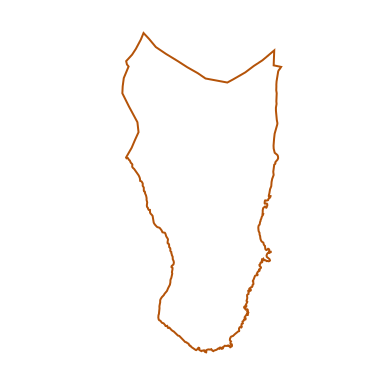 outline of Mrémani, Andjouân, Comoros, rotated 11°
{"feature_id": "10938185B83207987774368", "entity_name": "Mrémani", "entity_type": "district", "adm_level": 2, "iso_a3": "COM", "parent_name": "Comoros", "parent_adm1": "Andjouân", "projection": "equal_earth", "projection_center": [44.513, -12.33], "detail": "fine", "context": "isolated", "style": "outline", "palette": "amber", "viewbox_px": 384, "rotation_deg": 11, "n_neighbors": 0, "source": "geoboundaries", "source_scale": "gbopen_adm2", "svg_char_len": 6093}
<svg xmlns="http://www.w3.org/2000/svg" viewBox="0 0 384 384"><g transform="rotate(11 192 192)"><path d="M114.1,45.2L112.7,52.1L109.6,62.2L107.0,68.6L102.4,76.1L103.8,79.2L105.8,80.9L103.3,93.2L103.8,101.5L104.8,108.4L113.8,120.1L125.1,133.9L128.1,143.5L126.2,151.4L124.3,160.2L120.7,170.7L121.3,171.4L122.1,170.9L122.7,171.0L123.9,172.4L124.9,172.9L126.3,174.9L127.9,176.0L128.2,176.4L128.4,178.2L128.6,178.8L129.4,179.6L130.8,180.4L136.4,185.8L137.4,187.1L137.7,187.7L138.2,188.4L139.0,191.0L139.9,191.1L140.6,191.4L141.7,192.6L142.1,193.3L142.4,195.3L143.8,196.8L144.4,199.7L144.8,200.5L145.4,200.5L145.9,201.1L146.2,202.3L147.5,204.1L148.0,205.2L148.6,206.7L148.9,208.4L150.0,210.7L150.2,213.6L150.6,215.0L151.1,215.5L151.6,215.8L151.9,216.6L152.9,217.8L154.1,217.6L154.8,220.3L155.7,221.3L156.9,222.1L157.9,223.0L160.2,229.2L160.5,229.7L161.7,231.0L164.1,232.8L164.9,233.1L166.4,233.2L167.4,233.6L169.5,235.5L170.7,237.2L173.1,237.2L173.8,237.9L175.2,240.5L177.1,242.5L177.5,243.3L177.6,246.0L178.0,247.1L178.8,247.1L179.5,247.9L180.1,250.4L181.2,251.2L181.7,252.2L181.9,253.8L182.5,254.5L183.1,254.8L183.5,256.3L184.0,256.9L184.3,257.9L185.3,259.1L186.0,261.8L186.9,262.9L187.6,264.4L187.7,265.9L187.6,266.7L186.2,268.5L186.1,269.1L186.3,269.8L186.8,270.0L187.2,270.0L187.4,270.3L187.6,271.6L187.6,274.5L188.2,275.9L188.1,279.5L188.0,280.8L187.7,281.7L187.7,283.1L188.0,284.7L188.0,287.2L186.9,291.0L186.3,293.9L184.5,297.1L184.0,298.6L182.4,301.1L181.5,303.5L181.5,305.1L181.8,306.0L181.8,310.3L182.3,312.5L182.8,318.1L182.6,319.3L182.9,321.7L183.6,323.4L183.9,323.8L184.5,324.2L185.5,324.4L187.3,326.0L187.9,326.2L189.1,326.3L190.9,327.7L191.6,328.6L192.4,328.5L193.1,328.1L193.8,328.9L194.2,329.9L194.8,330.0L195.7,329.5L198.1,331.3L199.4,332.0L200.7,332.4L205.6,335.6L207.0,335.7L214.0,340.6L215.3,340.6L216.3,341.3L217.5,341.5L218.5,342.9L218.8,343.1L219.3,343.1L219.4,343.4L220.0,343.4L221.0,344.3L225.9,346.4L226.3,346.4L227.1,345.5L227.7,344.2L228.2,343.6L228.8,343.7L229.1,344.1L229.1,345.4L229.4,345.7L231.6,346.4L232.2,345.7L233.2,345.7L233.7,345.4L233.9,345.1L234.1,345.1L234.5,345.1L234.9,345.6L235.0,346.2L235.5,346.6L236.5,346.7L236.6,346.2L235.8,345.2L236.7,344.2L237.2,343.8L238.5,343.3L239.9,343.3L240.9,342.6L242.4,343.9L243.4,344.1L243.8,343.5L246.2,342.2L247.6,340.6L248.4,340.1L248.5,340.7L248.8,340.7L249.3,339.3L250.5,339.4L250.7,340.2L250.9,340.3L251.9,339.9L252.2,339.5L252.2,339.3L251.6,339.1L251.5,338.9L252.7,337.6L253.3,337.2L253.5,336.7L255.4,336.5L256.6,335.8L256.9,336.3L257.4,336.3L258.5,335.8L259.1,337.1L259.3,337.1L259.9,336.3L260.4,336.0L260.6,335.6L260.5,334.7L260.1,333.9L259.5,333.8L259.1,334.0L258.7,333.7L258.5,332.1L258.8,331.2L257.8,330.6L257.4,330.1L257.3,328.8L257.6,327.3L258.0,326.5L259.8,325.4L261.1,323.5L264.0,320.0L264.8,319.6L264.8,319.0L264.5,318.3L264.2,317.1L264.6,315.7L265.4,315.4L265.7,315.5L266.2,315.0L266.4,315.2L266.6,314.8L266.5,314.6L266.0,314.4L265.9,314.2L266.0,313.9L265.9,312.1L266.3,311.7L266.7,311.6L267.0,311.2L266.4,310.1L266.3,309.5L267.2,308.6L267.3,308.2L267.3,307.7L268.1,307.4L268.3,306.9L268.8,306.8L268.9,306.3L268.7,305.7L267.7,305.7L267.6,304.8L268.9,302.0L269.2,301.9L269.8,302.2L270.2,302.1L270.2,301.4L269.2,300.9L269.1,300.6L269.4,300.4L270.2,300.3L270.3,299.6L269.8,299.3L269.7,298.4L269.0,298.4L269.1,296.9L268.7,296.6L268.3,296.7L267.2,297.2L266.9,297.0L266.6,296.3L266.0,296.2L265.3,295.6L265.1,295.1L265.3,294.6L265.7,294.5L266.6,294.5L267.1,294.2L267.1,293.7L266.0,293.7L267.2,289.6L267.2,289.1L266.3,288.5L266.5,286.3L266.4,285.1L265.9,283.6L265.8,282.4L266.4,281.7L266.9,281.4L266.9,281.1L266.6,280.2L266.9,279.4L266.9,279.0L266.0,278.4L266.1,278.1L266.9,277.6L267.8,277.9L268.2,277.8L268.5,277.2L268.3,276.6L266.9,276.7L266.7,276.4L266.7,275.9L268.2,274.2L269.0,273.8L269.3,273.0L269.1,271.9L269.8,271.0L269.8,270.2L269.4,269.6L269.4,268.6L268.7,267.9L268.7,267.4L269.1,266.6L269.8,262.5L270.1,262.0L270.9,261.6L271.2,261.1L271.6,261.0L272.1,261.1L272.2,260.7L271.2,259.5L271.7,258.6L271.7,258.0L272.0,257.5L272.7,257.1L273.3,256.4L273.3,255.8L272.6,255.7L272.6,255.3L273.3,254.9L273.4,254.4L274.1,253.4L274.1,252.8L273.3,252.1L272.7,251.9L272.5,250.9L272.1,250.7L272.7,249.5L272.8,248.3L273.1,247.9L273.8,247.9L274.2,247.6L274.3,247.3L273.8,246.6L273.6,245.8L273.6,244.7L274.2,244.6L274.6,245.5L274.9,245.0L274.5,244.2L274.7,243.9L275.4,244.8L276.1,244.8L276.2,245.1L276.5,245.0L277.8,245.2L278.5,245.6L279.3,245.3L280.5,245.4L281.2,245.0L281.6,244.4L281.1,243.4L280.7,243.0L277.8,241.4L277.3,240.1L277.5,238.6L278.2,237.3L279.4,237.2L280.3,236.3L280.6,236.2L280.8,236.0L280.7,235.6L279.2,235.8L278.9,235.5L279.0,234.2L278.1,233.2L277.5,233.2L276.8,234.2L276.3,234.7L275.5,234.6L275.1,234.3L274.6,233.2L273.9,231.0L273.3,230.7L272.5,229.9L271.7,228.1L270.0,227.4L269.5,227.0L268.5,225.6L267.9,224.3L267.3,222.3L266.5,221.0L266.0,219.1L265.0,217.9L264.7,217.2L263.9,214.4L263.8,212.8L264.0,211.9L264.6,211.1L264.6,209.5L264.5,208.6L264.8,207.6L264.8,206.9L264.7,206.5L265.1,204.9L265.2,203.3L265.4,202.4L266.1,200.8L266.1,200.0L265.4,200.1L265.3,198.4L264.9,196.5L264.9,194.8L265.1,193.9L266.5,192.3L267.7,192.8L267.8,193.2L268.0,193.2L268.2,192.8L268.0,192.3L268.5,191.1L268.2,189.6L267.6,189.1L265.8,189.5L265.4,189.1L265.2,187.0L265.4,186.3L265.8,186.2L266.8,186.2L268.2,185.5L268.4,184.1L269.2,183.2L269.5,182.7L269.5,182.4L269.9,181.7L269.9,181.0L269.6,181.0L268.8,181.9L268.4,181.9L268.1,181.3L268.1,179.6L268.2,179.0L268.1,174.4L268.7,171.2L268.2,167.1L268.2,163.9L268.9,159.7L267.9,156.6L267.5,149.5L268.3,148.5L268.4,147.7L268.1,147.0L268.5,146.1L269.7,144.1L270.1,142.7L270.0,142.0L269.7,140.9L269.2,139.9L268.6,139.3L265.7,137.7L263.9,133.8L263.2,130.9L262.4,124.0L262.0,119.0L262.8,109.5L262.7,108.1L261.5,105.1L258.9,96.2L258.3,93.3L258.2,89.4L257.5,86.9L256.3,78.9L255.3,76.1L254.7,72.4L254.3,70.4L253.9,67.2L253.6,57.1L253.9,55.9L254.8,54.2L255.6,52.2L248.0,52.1L245.7,37.3L236.0,49.3L228.6,56.5L221.5,64.4L210.9,73.6L205.8,77.8L183.6,78.0L175.1,74.3L163.5,70.4L153.0,66.2L140.1,61.4L128.8,56.6L120.6,49.9L114.1,45.2Z" fill="none" stroke="#b45309" stroke-width="2"/></g></svg>